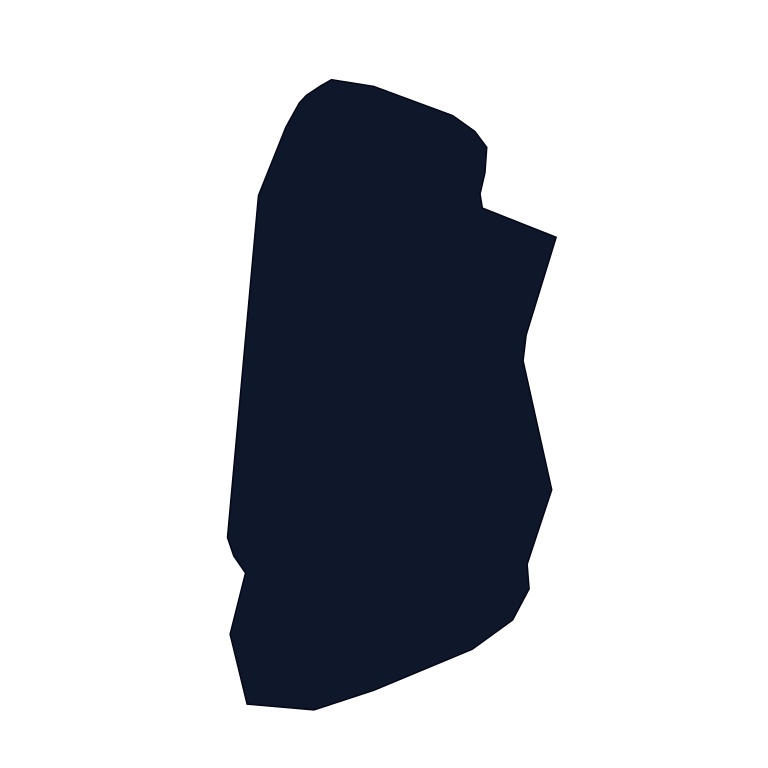 the Municipality of Slovenske Konjice, rotated 80°
{"feature_id": "SVN-992", "entity_name": "Slovenske Konjice", "entity_type": "Municipality", "adm_level": 1, "iso_a3": "SVN", "parent_name": "Slovenia", "parent_adm1": "", "projection": "equal_earth", "projection_center": [15.451, 46.324], "detail": "fine", "context": "isolated", "style": "filled", "palette": "ink", "viewbox_px": 768, "rotation_deg": 80, "n_neighbors": 0, "source": "natural_earth", "source_scale": "10m", "svg_char_len": 513}
<svg xmlns="http://www.w3.org/2000/svg" viewBox="0 0 768 768"><g transform="rotate(80 384 384)"><path d="M113.8,435.9L92.5,418.6L86.1,410.1L79.2,394.2L75.2,382.9L89.1,342.6L131.7,269.7L151.0,250.7L168.8,241.7L193.5,247.9L213.5,256.4L227.8,256.6L269.4,189.0L360.4,235.5L385.3,243.0L517.3,237.2L586.3,274.3L611.0,276.7L638.7,298.3L660.5,343.1L683.8,447.0L692.8,509.6L675.5,574.4L603.7,579.0L546.1,553.2L527.3,561.8L508.0,564.8L176.6,474.9L113.8,435.9Z" fill="#0f172a" stroke="#020617" stroke-width="1.5"/></g></svg>